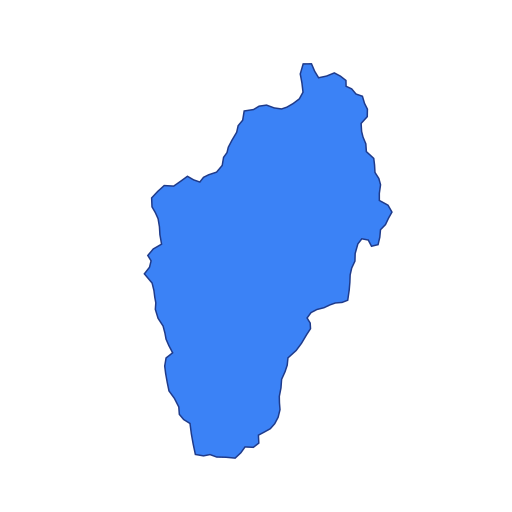 Caranaíba, Minas Gerais, Brazil, rotated 128°
{"feature_id": "56859067B65666825780271", "entity_name": "Caranaíba", "entity_type": "district", "adm_level": 2, "iso_a3": "BRA", "parent_name": "Brazil", "parent_adm1": "Minas Gerais", "projection": "albers", "projection_center": [-43.724, -20.893], "detail": "fine", "context": "isolated", "style": "filled", "palette": "blue", "viewbox_px": 512, "rotation_deg": 128, "n_neighbors": 0, "source": "geoboundaries", "source_scale": "gbopen_adm2", "svg_char_len": 1902}
<svg xmlns="http://www.w3.org/2000/svg" viewBox="0 0 512 512"><g transform="rotate(128 256 256)"><path d="M449.7,181.6L445.8,174.3L440.8,170.0L438.6,163.2L433.1,155.8L428.1,148.0L420.4,146.8L413.2,147.1L408.4,140.3L401.7,138.6L395.7,143.8L389.9,141.2L383.3,138.4L376.6,138.0L369.4,139.3L362.3,142.5L357.3,147.1L352.3,151.2L344.6,155.1L337.4,159.9L329.2,161.9L322.8,164.2L316.6,168.1L305.8,166.2L296.9,166.4L286.7,167.7L279.7,168.3L275.5,172.0L273.4,177.6L266.7,177.8L260.7,175.1L254.9,170.6L249.1,167.7L244.1,164.5L239.6,159.6L234.4,156.5L225.6,161.5L219.0,165.8L212.9,170.2L206.5,173.2L199.1,174.9L193.0,179.4L183.7,183.2L177.3,183.2L174.3,177.4L177.2,171.0L171.9,166.8L165.0,170.0L158.6,174.1L151.6,173.3L144.4,174.9L137.7,175.9L134.7,183.2L136.3,193.0L130.7,197.4L123.2,201.7L119.3,206.9L116.9,213.7L111.2,218.7L106.6,223.3L105.8,233.3L100.0,238.5L96.4,244.9L92.8,249.5L86.8,254.8L77.7,254.1L71.7,258.6L68.9,264.5L64.6,270.5L66.8,276.9L65.4,283.5L66.8,289.5L62.3,293.2L62.3,300.2L63.5,307.0L70.8,311.2L77.0,316.4L74.3,323.5L70.4,330.6L75.6,337.1L85.3,333.2L91.3,326.4L98.0,319.8L105.5,318.6L113.0,320.6L119.7,323.3L124.4,326.4L128.1,332.8L130.6,340.6L136.0,345.8L142.1,348.1L149.0,354.6L157.2,350.1L164.3,350.3L170.4,347.4L179.7,346.2L187.3,344.8L192.4,342.5L198.2,342.3L205.4,338.4L214.2,338.7L221.1,343.3L226.3,345.8L232.3,345.8L234.4,352.0L235.4,359.1L243.1,361.3L251.6,363.9L257.0,371.7L265.5,373.2L274.5,374.0L281.3,368.2L283.8,362.0L286.9,356.1L292.4,350.1L298.4,344.8L304.8,337.7L313.7,341.3L322.2,341.6L324.4,335.7L330.4,333.0L338.8,333.0L341.3,321.2L346.1,315.1L350.7,310.5L354.6,306.1L360.0,302.5L365.4,294.8L368.4,286.1L372.9,280.2L376.9,275.7L380.2,269.6L383.6,262.1L391.7,264.1L398.9,260.2L404.1,255.0L410.2,248.2L415.9,241.5L418.4,232.7L422.5,223.9L428.0,218.9L429.4,212.3L428.6,204.9L435.9,197.5L442.9,189.7L449.7,181.6Z" fill="#3b82f6" stroke="#1e3a8a" stroke-width="1.5"/></g></svg>